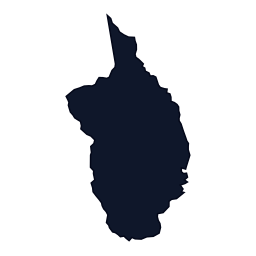 the district of Marzagão, Goiás, Brazil
{"feature_id": "56859067B67512374112148", "entity_name": "Marzagão", "entity_type": "district", "adm_level": 2, "iso_a3": "BRA", "parent_name": "Brazil", "parent_adm1": "Goiás", "projection": "albers", "projection_center": [-48.689, -17.969], "detail": "fine", "context": "isolated", "style": "filled", "palette": "ink", "viewbox_px": 256, "rotation_deg": 0, "n_neighbors": 0, "source": "geoboundaries", "source_scale": "gbopen_adm2", "svg_char_len": 1705}
<svg xmlns="http://www.w3.org/2000/svg" viewBox="0 0 256 256"><path d="M129.1,240.6L131.9,237.4L135.1,238.8L141.3,239.1L146.8,236.8L153.3,236.3L159.1,233.1L160.5,227.4L159.9,223.5L158.2,220.4L157.3,216.8L157.6,213.6L163.1,212.6L168.9,206.5L169.0,201.3L171.6,199.3L176.5,198.6L180.1,195.7L184.0,192.5L181.3,191.8L183.0,189.0L180.2,185.1L184.9,183.5L187.4,182.0L184.4,179.9L187.5,177.2L186.5,173.2L183.5,173.6L181.3,171.6L181.4,167.8L185.6,169.1L186.3,166.5L189.8,155.2L188.2,149.8L188.2,146.2L188.4,143.4L186.8,141.0L185.8,138.0L183.3,131.0L181.0,123.9L179.1,120.8L179.0,118.1L179.8,114.8L178.7,110.8L178.6,106.9L177.0,104.5L174.4,102.6L171.0,101.3L170.9,97.1L169.9,93.9L166.6,92.8L167.1,89.1L164.6,88.8L160.3,87.5L158.4,85.0L155.8,77.1L153.3,75.8L150.2,76.0L148.9,72.9L145.3,71.2L144.7,68.1L142.1,66.5L143.3,63.9L138.6,59.3L135.8,57.3L135.0,54.1L136.4,49.5L136.3,44.6L135.0,41.0L134.4,37.4L128.5,37.1L123.7,34.8L119.4,31.9L117.6,28.0L112.2,23.2L110.7,18.5L107.3,15.4L115.5,64.0L115.0,67.4L112.1,70.4L110.7,73.7L109.3,77.2L106.9,78.4L102.6,77.7L99.1,77.6L97.1,80.8L95.4,84.4L92.1,86.0L88.9,85.8L84.2,86.1L79.6,88.0L74.3,89.7L66.2,96.4L68.0,100.0L69.0,102.4L68.4,105.2L69.4,108.7L70.4,112.0L73.1,115.1L74.7,117.8L77.5,119.6L80.5,121.4L81.5,125.9L80.9,128.9L83.9,131.6L86.9,134.3L90.9,136.0L94.8,139.9L93.9,143.6L90.8,146.4L91.1,149.6L91.5,152.4L90.6,155.1L90.5,167.3L93.7,170.7L93.5,173.7L94.8,179.9L91.2,183.0L92.7,187.8L93.1,191.8L96.2,195.9L99.1,199.4L101.6,202.8L102.2,205.7L103.7,208.8L106.2,211.6L107.9,214.9L107.3,218.0L106.5,222.6L108.8,225.2L109.5,227.7L112.6,231.9L115.3,232.6L118.2,234.6L120.4,236.7L124.0,236.1L126.2,238.3L129.1,240.6Z" fill="#0f172a" stroke="#020617" stroke-width="1.5"/></svg>